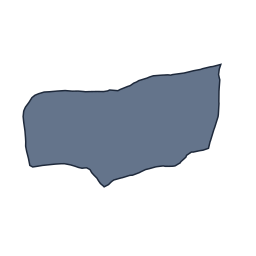 outline of Gee, Grand Kru, Liberia, rotated 258°
{"feature_id": "62588387B93003043713282", "entity_name": "Gee", "entity_type": "district", "adm_level": 2, "iso_a3": "LBR", "parent_name": "Liberia", "parent_adm1": "Grand Kru", "projection": "mercator", "projection_center": [-8.155, 4.936], "detail": "fine", "context": "isolated", "style": "filled", "palette": "slate", "viewbox_px": 256, "rotation_deg": 258, "n_neighbors": 0, "source": "geoboundaries", "source_scale": "gbopen_adm2", "svg_char_len": 1497}
<svg xmlns="http://www.w3.org/2000/svg" viewBox="0 0 256 256"><g transform="rotate(258 128 128)"><path d="M169.0,117.9L168.5,115.8L168.7,111.7L170.1,105.6L171.6,97.9L172.3,93.9L172.9,92.2L174.5,86.9L175.6,81.2L177.7,74.3L178.8,66.7L179.8,58.7L180.6,53.4L180.1,47.6L179.4,43.8L177.7,40.4L173.6,36.4L169.9,32.2L168.9,31.4L166.2,29.5L161.0,27.8L155.4,27.2L146.5,26.6L139.6,25.7L135.8,25.1L131.5,24.1L126.4,24.0L119.3,24.3L111.8,24.2L109.7,26.7L109.4,31.4L109.2,36.4L108.0,47.7L107.8,49.5L107.0,54.9L106.3,58.4L103.9,64.1L101.6,68.3L99.7,71.4L98.2,74.7L98.0,77.0L97.7,79.2L95.2,82.2L91.9,83.2L89.1,84.8L85.4,87.2L82.7,88.1L79.4,89.5L76.1,92.0L75.4,92.4L76.7,97.2L78.6,100.1L79.3,101.4L80.1,103.3L80.6,110.7L80.6,112.4L81.3,120.0L80.9,122.6L82.0,129.8L82.5,131.5L83.7,136.5L83.8,140.3L84.2,146.5L84.2,148.0L83.6,154.6L82.8,156.4L82.0,160.1L81.4,163.3L81.2,165.1L81.2,166.3L83.1,171.9L84.0,172.6L87.4,178.5L89.1,179.6L91.3,185.0L90.9,186.7L90.9,193.6L90.7,196.7L91.4,202.5L97.5,205.4L98.7,206.2L108.5,211.6L110.7,213.0L120.3,218.4L122.5,219.2L133.1,222.1L134.7,222.3L144.9,224.6L147.1,225.2L156.0,227.8L158.1,227.7L161.5,227.7L166.6,229.5L170.9,232.0L170.5,223.9L170.7,221.3L170.5,213.2L170.2,211.1L170.4,203.9L170.3,201.3L170.1,194.2L170.2,193.0L171.0,182.5L170.8,180.8L171.7,178.1L172.6,172.5L173.0,169.7L173.8,163.6L173.4,159.6L172.9,157.2L172.1,148.4L171.2,145.8L170.7,143.0L169.0,139.0L168.7,136.3L167.3,128.3L166.6,125.9L169.0,117.9Z" fill="#64748b" stroke="#1e293b" stroke-width="1.5"/></g></svg>